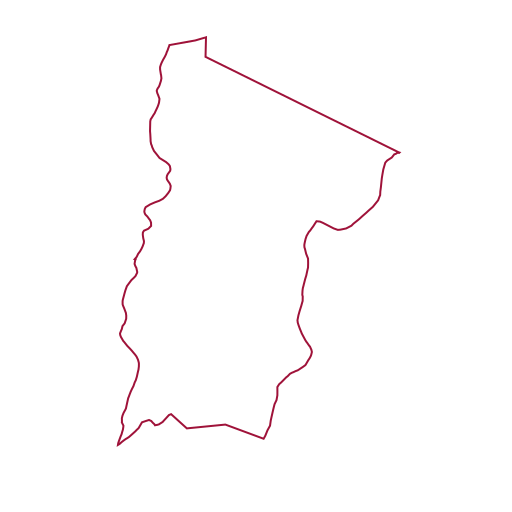 outline of Giraud, Choiseul, Saint Lucia, rotated 9°
{"feature_id": "8701671B87129820959835", "entity_name": "Giraud", "entity_type": "district", "adm_level": 2, "iso_a3": "LCA", "parent_name": "Saint Lucia", "parent_adm1": "Choiseul", "projection": "robinson", "projection_center": [-61.009, 13.792], "detail": "fine", "context": "isolated", "style": "outline", "palette": "rose", "viewbox_px": 512, "rotation_deg": 9, "n_neighbors": 0, "source": "geoboundaries", "source_scale": "gbopen_adm2", "svg_char_len": 4285}
<svg xmlns="http://www.w3.org/2000/svg" viewBox="0 0 512 512"><g transform="rotate(9 256 256)"><path d="M149.2,464.2L150.5,463.1L151.0,462.6L151.4,462.1L152.4,460.8L152.6,460.6L154.2,458.9L156.0,457.1L156.9,456.4L157.8,455.6L158.8,454.7L160.8,452.3L164.3,448.0L165.3,446.5L166.9,444.5L167.4,443.3L169.4,438.1L172.8,436.3L176.0,434.7L178.5,435.4L179.1,436.0L180.5,437.1L181.9,438.0L182.7,439.0L183.5,438.7L185.2,438.1L186.6,437.4L187.3,436.7L188.9,435.3L189.8,434.5L190.4,433.5L191.6,431.7L194.9,426.7L196.9,425.5L214.7,437.1L215.7,436.8L252.1,427.3L292.1,435.3L293.3,432.1L294.6,426.4L296.4,421.4L296.3,416.2L296.8,408.2L297.1,404.0L297.5,399.5L298.8,395.1L298.9,390.3L298.3,386.3L297.6,382.1L298.5,380.0L299.0,378.9L300.6,377.0L301.9,375.2L304.9,371.0L306.0,369.9L308.0,367.0L310.0,365.5L311.1,364.9L313.1,363.5L315.1,362.4L319.9,358.0L321.8,356.1L322.1,355.5L324.0,350.6L324.9,348.7L325.7,346.4L326.0,344.9L326.2,342.3L326.2,342.0L325.7,340.8L325.3,339.8L325.1,339.5L324.8,339.1L323.4,336.9L323.1,336.8L321.7,335.4L319.8,333.4L319.2,332.9L317.8,331.3L317.2,330.5L313.2,325.2L312.9,324.6L311.0,321.5L310.3,320.3L308.6,317.2L307.6,315.1L307.4,314.3L307.0,313.0L307.1,310.3L307.2,307.7L307.4,306.2L307.6,304.3L307.9,302.2L308.5,298.2L308.8,295.5L309.1,293.1L308.5,288.7L307.8,287.1L307.4,283.4L307.3,281.7L307.3,280.2L307.6,277.6L307.6,277.2L308.2,270.9L308.7,267.4L309.0,261.7L309.2,259.3L308.6,254.8L308.0,251.5L307.8,250.4L305.2,246.0L304.4,244.1L303.2,241.2L302.6,240.1L302.4,239.5L302.0,237.6L302.0,236.4L302.0,236.0L302.1,234.0L302.3,231.3L302.4,230.8L302.8,228.3L304.4,224.1L305.0,223.1L305.3,222.8L306.3,220.8L306.5,220.3L306.7,220.0L306.9,219.5L307.1,219.2L307.8,217.9L309.4,214.2L310.1,212.7L310.3,212.2L313.8,212.0L316.9,212.8L328.4,216.6L332.7,217.4L334.8,216.9L335.2,216.8L337.3,216.0L340.7,214.7L345.6,211.1L345.9,210.6L347.2,208.8L350.7,205.0L352.2,203.3L354.9,199.9L358.1,196.1L360.2,193.4L363.7,189.2L367.9,181.9L368.7,178.0L369.1,176.5L368.7,172.9L368.6,168.7L368.1,159.7L368.1,156.1L368.2,150.6L369.0,144.2L369.1,143.6L369.5,142.9L370.7,141.1L374.7,137.5L376.7,133.9L377.2,133.7L378.0,133.3L379.7,131.8L381.2,131.8L381.5,131.4L380.8,131.3L175.0,67.2L172.4,47.8L162.3,52.6L137.5,61.2L137.3,62.6L136.9,64.4L136.5,66.7L136.0,68.5L135.6,70.8L134.8,73.4L133.5,76.8L132.6,79.7L132.1,81.8L131.7,84.4L132.1,86.8L133.7,91.7L133.9,92.0L134.8,95.3L134.7,97.9L134.0,102.4L133.6,104.0L132.6,106.0L132.1,108.0L132.2,108.6L133.1,110.7L134.3,112.6L136.1,115.9L136.2,118.7L136.2,120.0L135.9,122.0L135.5,124.0L134.8,126.5L134.1,128.8L133.5,131.0L132.8,132.4L131.4,135.8L130.6,137.5L130.5,139.6L131.0,143.3L131.8,149.2L132.5,152.1L133.6,157.2L133.9,159.0L134.9,161.9L135.7,163.1L136.5,164.8L138.8,168.2L142.2,171.3L145.4,174.3L152.5,177.3L155.2,179.0L156.1,179.8L156.9,180.7L157.9,183.6L157.9,185.3L157.0,187.1L156.0,189.0L155.5,190.8L155.5,192.7L156.1,194.3L157.4,195.8L158.3,196.7L159.6,198.1L160.8,200.2L160.9,203.0L160.8,204.5L159.5,207.4L157.4,211.1L155.1,214.1L151.8,216.6L147.8,218.8L143.4,221.6L141.3,223.4L139.4,225.0L138.8,226.9L138.7,229.3L139.1,230.6L140.1,232.2L140.7,232.7L142.5,234.0L143.5,235.0L144.6,236.1L145.8,237.2L147.1,239.4L147.7,242.7L145.4,245.9L143.9,246.9L141.4,248.5L140.6,250.4L140.8,252.5L141.1,253.6L141.9,256.2L142.4,257.4L143.0,258.8L143.2,260.8L142.5,264.3L141.7,267.0L140.7,269.6L139.2,272.4L138.6,274.5L138.2,275.7L136.7,278.1L137.6,278.2L137.3,279.4L137.3,282.8L138.4,284.8L139.7,286.5L141.2,290.4L141.2,291.2L140.1,294.7L138.7,296.7L136.7,299.3L134.9,302.7L133.2,306.0L132.4,310.2L132.0,313.4L131.3,320.2L131.3,321.4L131.8,324.5L132.3,325.6L134.1,328.5L136.4,332.6L137.2,335.3L137.6,338.3L136.8,343.1L135.1,346.1L134.9,349.1L134.4,351.0L133.8,353.7L134.2,355.2L135.2,357.0L138.2,360.7L139.1,361.4L142.9,364.9L146.1,367.3L148.2,369.0L149.9,370.5L152.0,372.3L153.7,374.0L155.6,376.8L155.8,377.2L156.9,379.6L157.2,380.7L157.6,383.5L157.7,386.6L157.5,388.8L157.2,393.9L156.7,397.5L156.0,399.7L155.3,403.7L154.3,406.7L153.5,409.5L152.8,412.7L152.4,414.8L152.0,416.4L151.8,419.6L151.5,424.7L151.4,426.9L150.8,428.8L150.2,430.4L149.7,431.9L149.1,434.6L148.9,437.2L149.5,440.5L149.5,441.3L151.6,444.3L151.7,445.7L151.7,448.3L151.3,451.2L151.1,453.1L150.5,455.5L149.6,460.0L149.2,462.3L149.2,464.2Z" fill="none" stroke="#9f1239" stroke-width="2"/></g></svg>